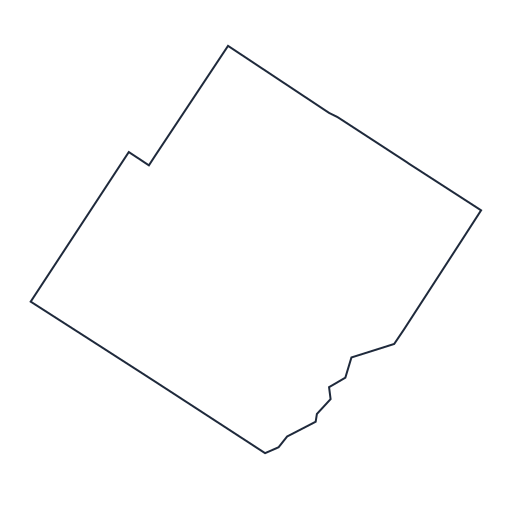 Lafayette, Mississippi, United States of America (Natural Earth projection), rotated 123°
{"feature_id": "52423323B80507694011137", "entity_name": "Lafayette", "entity_type": "district", "adm_level": 2, "iso_a3": "USA", "parent_name": "United States of America", "parent_adm1": "Mississippi", "projection": "natural_earth1", "projection_center": [-89.454, 34.358], "detail": "fine", "context": "isolated", "style": "outline", "palette": "slate", "viewbox_px": 512, "rotation_deg": 123, "n_neighbors": 0, "source": "geoboundaries", "source_scale": "gbopen_adm2", "svg_char_len": 468}
<svg xmlns="http://www.w3.org/2000/svg" viewBox="0 0 512 512"><g transform="rotate(123 256 256)"><path d="M416.3,238.0L416.4,141.0L404.1,132.9L390.4,131.6L362.5,115.7L355.3,118.9L335.4,115.5L326.2,123.3L309.4,114.8L289.1,120.7L254.5,92.2L237.3,91.9L130.8,92.0L95.1,92.1L95.3,178.3L95.2,180.3L95.1,263.2L96.2,272.5L95.0,393.9L226.5,395.2L238.3,395.2L238.1,419.3L417.0,420.1L416.6,347.1L416.3,276.0L416.3,238.0Z" fill="none" stroke="#1e293b" stroke-width="2"/></g></svg>